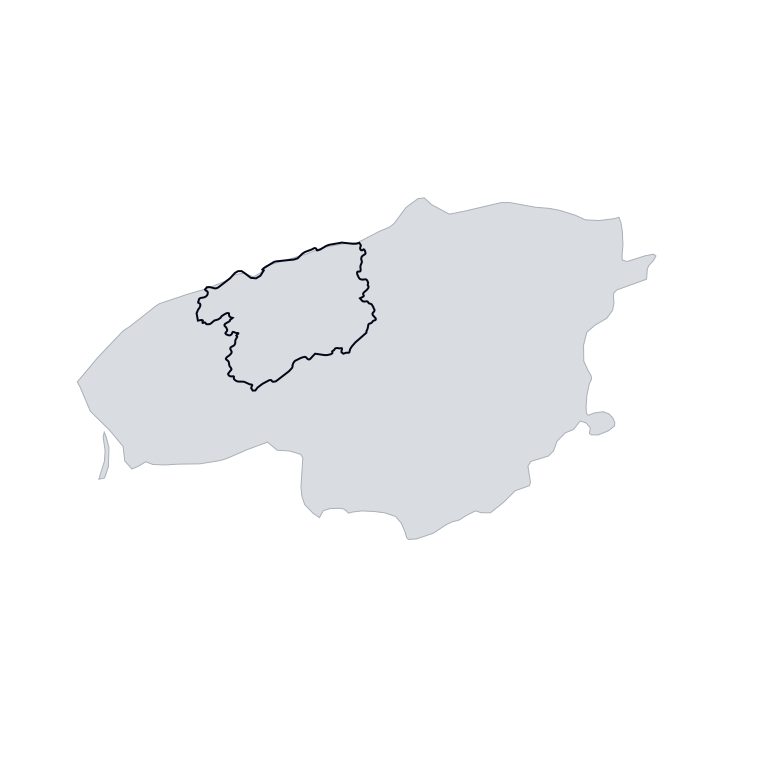 Šiauliai highlighted on a map of Lithuania, rotated 338°
{"feature_id": "LTU-1072", "entity_name": "Šiauliai", "entity_type": "County", "adm_level": 1, "iso_a3": "LTU", "parent_name": "Lithuania", "parent_adm1": "", "projection": "equal_earth", "projection_center": [23.21, 55.943], "detail": "fine", "context": "in_parent", "style": "outline", "palette": "ink", "viewbox_px": 768, "rotation_deg": 338, "n_neighbors": 0, "source": "natural_earth", "source_scale": "10m", "svg_char_len": 6140}
<svg xmlns="http://www.w3.org/2000/svg" viewBox="0 0 768 768"><g transform="rotate(338 384 384)"><path d="M274.1,483.7L269.9,477.4L265.3,466.2L265.8,457.3L268.4,448.4L281.0,422.2L280.4,418.0L271.3,410.7L260.2,405.4L254.1,394.2L231.5,393.6L210.1,394.2L203.4,393.6L183.2,389.0L163.7,381.4L150.6,377.0L139.7,372.1L133.9,366.9L124.5,368.3L118.2,368.3L118.2,367.4L114.8,358.3L118.7,344.2L112.2,323.8L101.5,299.3L101.1,273.1L100.4,267.2L127.9,252.5L162.4,236.8L170.2,235.4L201.9,226.1L206.1,225.4L234.5,227.1L256.8,229.3L275.7,229.1L286.0,226.7L295.4,228.7L303.0,235.7L310.7,234.8L318.4,230.3L360.6,234.4L370.1,234.3L380.8,235.0L400.6,239.2L412.0,243.1L437.0,240.7L447.7,240.6L453.3,239.1L470.5,228.6L477.9,226.7L484.7,224.9L491.0,226.5L495.3,235.5L508.2,251.0L522.2,253.7L560.6,259.7L568.6,262.9L590.4,276.7L603.6,283.4L611.9,288.8L624.8,299.4L632.2,307.2L644.6,313.0L659.1,316.9L664.3,317.5L664.1,323.2L661.9,332.7L657.4,345.1L652.5,354.7L651.4,358.4L655.3,361.5L674.4,363.0L682.5,364.6L684.1,367.2L680.0,370.5L674.0,373.3L671.3,375.9L666.7,385.2L635.1,384.0L630.9,385.9L629.0,390.3L627.5,395.3L623.5,401.3L615.2,406.5L602.1,408.4L591.4,412.0L583.5,422.9L577.8,437.6L578.2,448.0L579.1,453.8L578.4,457.1L574.4,460.8L567.9,470.4L562.7,481.1L560.7,486.9L561.8,489.6L567.9,489.6L576.8,491.8L581.5,496.1L583.4,501.0L583.5,506.4L581.9,509.3L574.8,511.4L563.7,511.5L557.2,508.9L555.9,506.9L558.9,501.8L556.5,495.4L551.9,491.9L542.6,497.2L533.7,497.2L523.0,501.9L516.1,509.5L509.4,512.4L491.1,510.8L486.6,514.2L483.1,529.7L480.9,532.7L465.7,532.1L451.0,538.3L434.5,543.3L426.0,539.8L421.3,535.9L412.3,536.6L402.4,538.3L395.8,537.3L388.4,537.8L374.0,540.8L356.0,539.8L348.3,537.2L347.5,534.8L348.1,528.7L347.9,519.3L345.0,511.0L336.4,503.7L327.3,498.6L315.8,493.3L307.2,491.0L302.6,490.4L301.5,487.4L299.8,484.7L295.8,482.4L287.3,479.3L280.1,478.7L274.1,483.7ZM89.8,366.4L83.9,365.5L95.8,350.9L100.4,341.5L103.7,328.1L106.5,323.9L106.5,330.0L105.1,340.1L97.5,357.4L89.8,366.4Z" fill="#d9dde1" stroke="#a8b0b8" stroke-width="1"/><path d="M291.0,224.7L294.3,226.0L296.7,229.6L300.3,235.7L304.9,238.1L310.0,237.3L315.1,233.6L314.2,232.3L316.1,231.5L327.8,229.6L330.0,229.9L336.9,231.9L347.3,234.9L351.0,235.1L357.1,232.6L360.3,232.0L367.3,232.2L370.1,231.9L370.9,232.1L371.8,233.0L371.9,233.9L371.8,234.7L372.0,235.1L375.1,235.4L382.1,234.3L385.4,234.4L386.7,234.7L397.9,237.1L407.4,242.2L410.8,243.5L413.9,243.9L414.0,243.9L414.3,245.8L414.5,246.4L414.3,247.2L413.5,248.0L412.8,249.0L412.5,250.2L413.0,251.5L413.7,251.8L414.3,251.9L415.0,251.6L415.5,251.5L416.0,252.0L416.2,252.9L416.1,254.8L415.9,255.8L415.2,256.5L412.1,257.1L411.1,257.6L410.4,258.3L409.8,259.4L409.5,260.3L409.5,261.5L409.2,262.7L406.9,265.1L406.0,266.4L405.3,268.9L404.9,269.9L404.2,270.6L403.6,270.6L403.1,270.5L402.5,270.2L401.9,270.0L401.5,270.0L401.0,270.3L400.7,270.8L400.5,271.3L400.4,272.0L400.3,272.7L400.5,276.0L400.7,276.9L401.2,277.8L402.3,278.7L403.3,279.2L404.5,279.6L405.5,279.8L406.4,280.2L407.0,281.0L407.3,282.9L407.2,284.2L406.4,285.5L405.9,286.1L406.2,287.9L405.3,289.2L403.1,290.4L400.3,291.3L399.0,291.9L398.3,292.8L398.3,293.6L398.4,294.4L398.0,294.9L397.7,295.2L393.8,295.5L395.1,299.2L396.8,300.3L397.9,300.5L399.2,301.0L399.7,301.5L399.9,302.0L399.9,302.6L400.2,303.5L401.9,304.9L402.4,305.6L402.9,308.8L402.8,309.8L403.0,311.7L402.5,312.6L401.5,313.3L400.4,313.8L399.6,314.5L399.4,315.9L400.8,319.7L400.8,320.7L400.2,321.4L399.2,321.5L398.2,321.4L397.3,321.5L395.9,322.4L395.0,322.7L392.7,322.6L391.7,323.1L390.8,324.7L389.3,326.8L388.1,327.9L387.7,328.3L386.8,329.9L373.0,334.7L368.3,337.1L366.3,338.5L365.3,339.4L363.8,341.6L363.1,341.8L362.3,341.5L360.6,340.8L357.7,340.7L356.5,338.7L356.7,338.1L357.2,337.1L357.8,336.4L358.3,335.5L358.2,334.9L357.6,334.7L355.7,334.2L354.4,333.2L353.3,332.9L352.4,332.7L351.8,332.9L351.3,333.2L350.9,333.5L350.3,333.9L349.7,334.0L348.5,334.2L348.1,334.4L348.0,334.8L347.9,335.5L347.7,336.0L346.7,336.4L344.9,336.4L341.5,335.7L339.3,334.7L331.5,330.1L326.4,332.4L325.5,332.9L324.1,333.3L323.2,332.9L322.5,332.1L321.7,330.1L321.2,329.4L320.5,329.1L318.7,328.8L316.4,328.7L310.1,329.2L308.0,330.4L306.1,332.5L305.8,333.5L305.2,334.2L304.3,334.9L300.6,336.6L284.8,341.0L282.2,340.5L281.5,340.0L281.2,339.3L281.0,338.3L280.2,337.8L278.9,337.5L271.4,338.3L265.5,339.9L262.3,341.8L259.8,340.9L259.3,338.0L261.4,335.7L261.2,335.1L260.5,334.6L259.5,334.1L255.7,330.1L254.6,329.2L249.9,327.2L248.5,326.2L247.8,325.3L247.0,323.9L246.8,323.1L246.9,322.4L247.3,321.7L247.6,320.9L247.2,320.4L245.0,319.7L243.9,318.8L243.4,318.0L243.2,317.3L243.2,316.2L246.4,314.2L247.3,313.9L248.1,313.2L248.2,312.2L247.7,310.2L247.5,309.2L247.7,308.1L248.0,306.9L248.3,305.2L248.0,304.1L246.8,302.0L246.9,301.2L248.2,300.3L249.3,300.0L250.7,299.7L251.9,299.3L253.4,298.6L254.4,297.9L254.9,296.7L254.6,294.4L254.8,293.4L255.6,292.6L257.2,292.3L258.6,292.2L260.1,291.7L261.1,290.8L262.6,287.7L265.6,285.2L265.2,283.8L266.5,283.2L267.8,282.7L267.9,282.3L267.4,281.9L266.4,281.5L265.5,280.9L264.3,279.6L263.5,279.1L262.8,279.3L262.4,279.8L261.9,280.4L261.1,280.9L260.0,281.2L258.7,281.0L257.8,280.3L256.4,279.0L256.0,278.0L256.0,277.4L256.5,277.0L258.0,276.2L258.6,275.7L258.9,275.1L258.9,274.1L258.9,272.5L258.0,270.5L258.2,269.4L259.2,268.7L263.9,268.0L264.4,267.9L264.8,267.6L265.2,267.0L265.4,266.8L266.7,266.6L268.4,266.0L266.7,264.7L266.3,263.8L266.0,262.8L266.2,261.8L266.6,260.9L266.6,260.2L265.8,259.7L264.5,259.4L262.3,259.6L259.2,260.2L258.2,260.7L257.4,261.3L256.0,261.7L254.2,262.0L250.4,261.6L245.9,263.1L244.6,263.1L243.2,262.7L241.9,262.1L241.4,261.1L241.3,260.2L240.8,259.7L240.1,259.6L239.2,259.6L238.7,259.4L238.8,258.5L239.8,257.3L239.5,256.8L238.9,256.3L235.2,255.5L236.7,248.3L239.5,245.4L241.2,244.4L242.9,242.8L243.5,241.5L243.4,240.4L242.4,239.4L242.2,238.9L242.5,238.2L243.4,237.4L244.1,236.1L245.3,235.6L246.6,235.6L249.2,236.2L250.7,236.3L252.1,236.0L253.5,235.3L254.3,234.3L254.9,233.2L254.9,232.1L254.3,231.1L253.7,230.4L253.4,229.6L253.9,229.0L254.7,228.7L256.0,227.9L258.7,228.8L263.1,232.1L264.9,232.5L266.4,232.4L280.7,228.4L284.4,226.6L287.4,225.2L291.0,224.7Z" fill="none" stroke="#020617" stroke-width="2"/></g></svg>